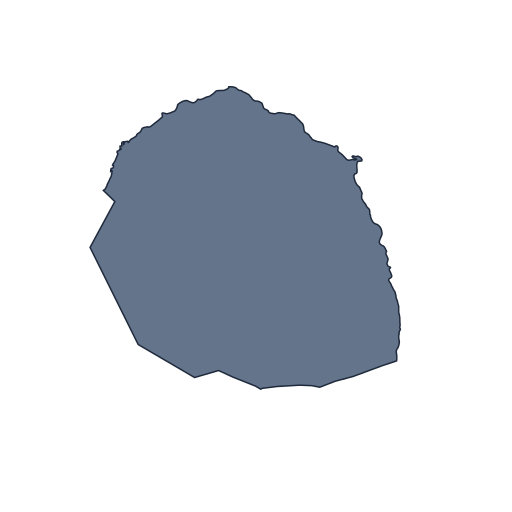 outline of Petit Piton, Soufrière, Saint Lucia, rotated 127°
{"feature_id": "8701671B87024407460992", "entity_name": "Petit Piton", "entity_type": "district", "adm_level": 2, "iso_a3": "LCA", "parent_name": "Saint Lucia", "parent_adm1": "Soufrière", "projection": "mercator", "projection_center": [-61.066, 13.834], "detail": "fine", "context": "isolated", "style": "filled", "palette": "slate", "viewbox_px": 512, "rotation_deg": 127, "n_neighbors": 0, "source": "geoboundaries", "source_scale": "gbopen_adm2", "svg_char_len": 5920}
<svg xmlns="http://www.w3.org/2000/svg" viewBox="0 0 512 512"><g transform="rotate(127 256 256)"><path d="M255.2,80.6L254.0,81.2L253.2,81.9L252.4,82.4L250.3,84.1L249.1,85.4L248.4,86.0L247.4,86.8L246.7,87.1L245.4,87.4L244.6,87.4L243.2,87.6L241.7,88.1L240.3,88.7L238.8,89.5L237.8,90.3L236.9,91.3L235.8,92.5L234.7,93.3L233.7,94.2L233.1,94.3L231.8,95.0L231.3,95.3L231.1,95.7L230.6,96.0L229.1,96.2L228.5,96.4L228.2,96.4L227.4,96.8L227.1,97.5L226.7,98.1L225.9,98.6L225.1,98.9L223.3,100.3L221.8,101.7L220.9,102.3L218.7,104.1L217.8,105.0L216.1,106.8L215.8,107.3L215.6,107.6L214.1,108.9L212.7,109.9L211.8,110.7L210.7,111.4L210.0,112.1L208.5,114.2L207.1,115.7L206.4,116.7L205.9,117.7L205.5,118.2L204.8,119.3L204.1,119.8L203.0,120.8L202.5,121.8L201.7,122.4L201.2,123.3L200.7,124.0L200.6,124.8L200.2,125.6L200.0,126.2L199.6,126.9L198.9,128.1L198.8,128.7L198.3,129.6L197.5,130.9L196.7,132.5L196.5,133.4L196.0,134.6L195.4,135.6L194.9,135.7L194.2,135.9L193.8,135.9L192.6,135.4L191.5,135.1L190.1,135.6L189.3,137.0L188.6,137.9L188.2,138.7L187.9,139.4L187.4,140.4L187.0,141.0L186.3,141.6L185.5,141.7L184.7,141.5L184.2,141.7L184.2,142.6L184.6,143.8L184.6,144.3L184.5,144.9L183.3,146.9L181.8,147.5L180.2,148.1L179.3,148.4L178.4,149.4L177.8,150.5L177.5,151.3L177.1,151.7L176.6,152.7L176.2,153.6L175.6,154.0L174.4,154.4L173.7,154.5L173.4,155.1L173.0,155.8L172.1,157.6L171.5,159.1L171.4,160.5L171.7,161.7L171.8,162.9L171.8,163.5L171.8,163.9L171.1,165.5L170.1,166.3L168.3,167.0L165.8,167.6L164.0,168.0L162.7,168.6L161.8,169.2L160.2,170.9L159.1,172.4L158.5,173.5L158.2,174.5L157.9,176.0L157.8,177.6L158.3,179.5L158.6,180.4L158.7,181.7L158.5,183.1L157.6,185.2L156.9,186.4L156.4,187.3L155.7,188.1L154.4,189.3L154.1,190.2L153.4,190.8L152.2,191.8L151.1,192.8L150.4,194.1L150.2,196.1L149.8,197.6L149.3,198.6L148.7,199.6L148.1,202.2L147.7,203.5L147.0,204.8L146.8,205.8L146.0,206.5L145.3,207.2L144.1,208.0L143.1,208.6L142.3,208.8L142.0,209.2L141.1,210.5L140.6,211.7L139.8,212.9L139.3,213.8L138.7,214.9L138.7,215.6L138.7,216.1L138.5,217.3L138.3,218.4L137.8,219.6L137.2,220.9L136.4,222.2L135.7,223.1L135.0,224.1L134.0,225.2L133.1,226.1L131.5,226.5L131.1,226.5L129.9,225.7L129.2,225.6L128.3,225.7L126.3,227.2L125.7,227.8L124.3,229.0L122.7,230.3L122.2,230.6L121.3,231.1L120.2,231.5L119.2,231.6L118.5,231.0L117.5,229.9L116.5,228.8L115.6,229.1L115.1,229.5L114.5,231.2L114.4,232.0L114.6,233.3L114.9,234.7L115.5,235.3L116.4,235.7L116.8,236.6L117.3,237.9L117.7,238.8L118.1,239.0L118.7,239.1L119.1,238.3L119.1,237.5L118.6,235.4L118.3,234.0L119.0,234.0L119.5,234.5L120.1,235.3L120.7,236.7L121.3,237.4L122.4,238.3L123.3,239.1L123.8,239.7L124.2,240.7L124.3,242.3L123.9,243.9L123.6,246.0L123.3,247.5L123.1,250.1L123.2,251.8L123.1,253.0L122.7,253.8L122.2,254.4L120.9,255.2L120.2,255.6L119.7,256.2L119.4,257.1L119.4,257.7L120.3,258.6L121.1,258.7L121.5,258.7L123.3,264.7L124.3,268.1L125.3,270.8L126.2,273.0L126.9,274.3L127.6,275.8L127.9,276.6L128.8,279.8L129.1,281.1L128.6,282.4L128.4,282.9L128.3,284.0L127.8,285.7L127.4,286.7L127.4,287.3L127.4,288.4L127.6,289.8L127.6,291.7L126.8,293.1L125.7,294.3L124.9,295.0L123.9,296.0L123.0,297.2L122.5,298.0L122.3,298.9L122.1,300.6L122.0,301.1L121.7,302.6L121.5,304.8L121.2,307.0L120.7,309.5L120.6,310.3L121.4,312.2L122.1,314.5L122.6,315.4L123.5,316.2L124.2,317.5L124.8,318.8L125.5,320.2L126.2,321.4L127.2,323.2L127.9,324.1L128.5,324.7L130.5,326.0L131.0,326.5L131.7,327.6L132.7,329.5L133.1,330.2L133.4,331.2L133.4,332.0L133.2,332.8L132.7,333.6L132.7,334.1L132.8,335.5L133.2,336.7L133.4,337.9L133.3,338.6L133.1,339.1L130.4,343.2L130.5,344.5L130.8,346.1L131.2,347.7L131.7,348.4L132.1,349.0L132.6,349.9L132.9,350.4L132.9,351.0L133.0,352.5L133.0,353.2L132.5,354.3L132.0,356.4L131.5,358.6L131.6,359.8L131.8,360.9L131.9,362.1L132.4,364.1L132.6,365.0L132.7,366.4L132.9,367.6L133.3,368.2L133.7,368.8L133.9,369.7L134.0,371.9L133.8,372.7L134.0,374.2L135.0,376.5L136.4,378.5L137.3,379.6L138.0,379.2L138.9,379.2L140.0,379.5L141.0,380.1L142.7,381.0L143.7,382.0L144.2,382.7L144.4,383.1L145.6,384.4L146.2,385.2L147.1,386.3L148.1,387.0L149.0,387.4L150.1,387.4L152.0,387.8L155.0,388.7L156.7,389.4L158.0,390.5L159.5,391.6L160.0,391.8L161.4,392.5L163.4,393.6L164.2,394.3L165.1,395.3L165.3,396.0L165.7,396.6L166.1,396.8L166.5,396.9L167.5,396.7L169.1,397.1L170.3,397.4L171.3,398.3L171.6,398.6L172.1,399.7L172.7,401.4L173.0,402.6L173.2,404.2L174.1,405.6L174.8,406.3L176.7,407.7L179.3,408.8L181.0,409.4L182.3,409.6L184.9,408.5L186.7,408.2L188.1,408.0L189.0,408.2L190.3,408.7L191.3,409.5L192.7,410.2L193.7,410.9L195.8,412.5L196.3,413.2L196.9,414.6L197.6,416.1L197.9,416.6L198.3,416.9L198.8,416.8L199.1,416.6L200.0,415.6L200.2,415.3L200.8,414.9L201.3,414.5L203.6,415.0L206.2,415.5L208.7,416.2L210.9,416.8L213.8,417.5L215.9,418.1L216.5,418.4L217.4,418.9L217.9,419.4L217.9,420.2L219.0,421.1L220.5,422.6L222.4,423.7L223.7,423.5L226.0,423.1L227.5,423.3L228.4,423.7L229.3,424.0L230.5,424.3L231.9,423.9L232.4,423.9L235.2,424.8L237.9,426.1L239.3,426.2L240.3,426.3L241.9,426.1L242.2,426.3L241.6,427.5L242.7,428.6L243.5,429.3L244.5,429.8L244.9,429.5L245.5,429.0L246.0,428.7L246.4,428.9L245.6,429.7L244.8,430.1L244.4,430.5L245.0,431.0L246.0,431.4L246.5,431.2L247.3,430.7L247.6,430.5L247.8,430.4L248.4,429.6L248.9,429.3L249.4,430.1L250.1,430.7L252.0,429.2L251.4,428.6L251.5,428.2L252.5,428.2L252.7,428.8L253.1,429.0L254.2,429.0L254.7,429.1L255.8,429.9L256.8,429.4L257.6,427.7L264.0,426.0L264.8,425.8L265.7,425.7L266.8,425.6L268.4,425.6L269.8,425.2L269.5,424.4L270.2,423.6L271.8,423.3L272.4,423.5L273.2,424.3L274.3,424.0L275.8,423.0L274.7,422.7L274.7,422.0L279.6,419.5L281.6,419.3L283.8,418.7L288.8,417.8L289.4,417.2L291.0,417.2L291.7,416.9L292.4,416.9L293.2,416.7L295.5,417.4L296.5,409.1L297.5,401.5L349.0,393.7L378.8,334.3L397.6,296.8L390.0,231.9L370.0,217.0L366.5,201.1L360.2,178.0L359.5,172.0L358.1,171.5L347.6,160.7L332.9,143.4L325.9,133.3L322.4,126.1L308.4,117.4L293.7,105.9L267.8,89.3L255.2,80.6Z" fill="#64748b" stroke="#1e293b" stroke-width="1.5"/></g></svg>